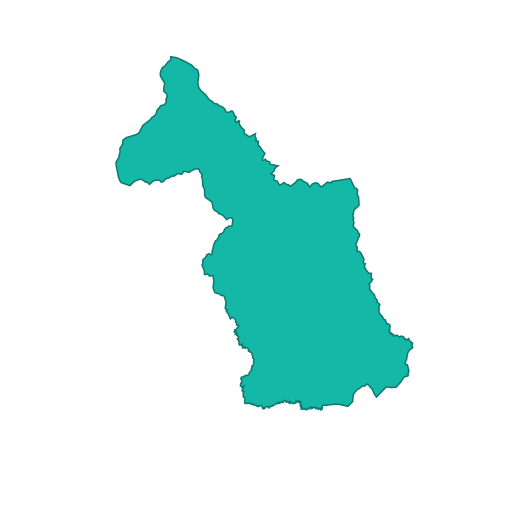 Huai Khot, Uthai Thani, Thailand (Natural Earth projection), rotated 40°
{"feature_id": "78962969B62353479912268", "entity_name": "Huai Khot", "entity_type": "district", "adm_level": 2, "iso_a3": "THA", "parent_name": "Thailand", "parent_adm1": "Uthai Thani", "projection": "natural_earth1", "projection_center": [99.561, 15.292], "detail": "fine", "context": "isolated", "style": "filled", "palette": "teal", "viewbox_px": 512, "rotation_deg": 40, "n_neighbors": 0, "source": "geoboundaries", "source_scale": "gbopen_adm2", "svg_char_len": 6129}
<svg xmlns="http://www.w3.org/2000/svg" viewBox="0 0 512 512"><g transform="rotate(40 256 256)"><path d="M447.1,253.7L449.5,250.1L447.2,246.7L447.3,246.0L441.8,242.0L439.8,242.8L438.5,241.2L438.0,238.8L434.7,233.1L434.0,229.8L434.9,225.5L432.8,224.4L432.8,223.4L431.8,222.0L430.0,222.7L429.6,222.0L428.3,222.3L426.0,221.1L425.4,223.6L424.6,223.4L424.0,223.9L423.2,223.4L422.4,223.9L420.9,223.0L419.0,223.8L417.5,226.0L415.3,226.0L414.1,226.7L413.5,228.2L412.6,228.9L411.6,227.7L410.5,228.6L409.9,228.1L409.4,228.8L408.7,228.1L407.7,228.8L406.4,228.1L406.6,227.0L405.7,226.9L404.1,223.8L402.8,222.9L401.1,222.9L399.5,223.8L396.1,221.8L394.9,222.4L390.7,220.9L389.5,221.2L385.5,219.5L385.1,218.3L383.0,216.1L382.0,213.5L378.8,213.4L376.8,211.7L374.0,211.5L371.8,209.6L368.4,209.4L363.7,207.9L362.5,205.7L360.4,204.6L360.9,203.1L360.4,198.8L358.5,199.1L355.6,195.1L353.2,196.7L347.4,195.4L345.2,193.5L344.8,191.7L343.4,192.4L342.5,192.2L340.6,188.9L333.9,186.1L332.3,186.1L330.5,187.3L327.6,183.9L326.5,184.0L325.0,183.1L322.2,173.9L321.1,172.5L319.2,172.5L317.7,171.4L312.9,171.1L310.9,170.3L309.9,167.7L307.0,165.7L306.6,164.2L303.9,162.8L303.7,161.6L301.5,157.9L302.4,151.2L301.4,149.8L296.5,144.8L293.7,143.7L291.6,140.2L289.6,139.7L287.6,140.4L278.4,136.1L266.3,150.0L266.7,151.0L266.1,151.8L263.2,153.6L261.8,160.9L259.3,161.2L257.0,160.5L254.4,161.7L252.8,164.8L253.0,168.5L247.9,167.3L244.2,168.4L242.0,168.2L240.2,169.0L238.8,171.0L239.0,174.3L237.6,180.4L234.7,180.6L232.6,182.0L230.8,181.4L229.8,182.8L229.0,186.0L228.4,186.6L224.2,185.0L220.6,186.4L218.4,182.4L214.7,183.5L215.1,179.2L214.3,176.9L214.3,174.6L214.9,172.8L208.1,176.6L205.9,175.2L202.8,176.4L201.0,175.8L200.2,177.9L199.2,178.3L198.2,176.9L196.8,171.6L193.6,171.2L188.2,169.6L186.5,169.9L184.0,166.6L181.7,167.9L180.8,166.0L178.1,165.0L177.0,162.7L174.3,169.0L168.4,169.5L167.1,169.0L166.3,167.2L162.0,166.9L157.9,165.5L156.6,163.2L155.7,163.6L155.0,166.2L153.7,166.4L152.6,165.2L152.1,163.1L151.3,162.2L148.9,162.3L147.8,161.2L145.1,160.2L144.1,160.4L142.9,163.2L140.6,165.1L137.7,163.5L134.8,163.3L131.4,164.5L128.6,164.5L125.6,166.2L123.6,165.7L120.0,166.4L113.5,164.8L107.7,164.8L104.0,163.8L100.5,161.2L95.6,153.8L91.9,151.1L87.4,151.8L84.4,151.1L75.6,152.8L67.8,155.1L62.5,158.2L64.5,160.3L63.8,164.5L64.1,168.9L63.2,171.7L64.1,175.5L65.4,177.9L67.2,179.6L75.2,182.5L77.2,186.3L79.5,189.1L83.8,189.3L85.7,191.5L86.4,194.0L88.4,195.9L88.5,199.0L86.3,202.2L86.7,204.7L86.4,207.5L88.2,211.6L88.0,214.5L87.2,216.5L87.4,219.4L85.4,228.8L87.3,237.1L86.2,240.0L80.5,248.8L79.6,252.9L82.0,255.9L82.6,261.2L84.9,263.5L87.6,268.9L88.5,274.1L90.3,276.2L99.9,283.9L103.9,286.1L105.6,286.4L113.9,283.3L114.3,282.9L114.7,277.3L117.8,271.6L120.0,270.6L123.8,270.4L125.9,269.3L128.3,269.7L128.9,265.4L130.0,262.8L133.2,259.9L135.4,260.4L136.4,259.9L137.1,258.5L137.3,254.9L139.1,252.2L140.3,248.9L142.1,247.2L142.9,243.3L146.6,241.2L146.3,237.5L151.2,234.8L151.2,233.5L153.8,227.8L156.6,226.1L158.9,227.7L162.2,228.2L163.5,230.5L165.1,231.2L170.2,236.4L173.9,238.2L177.5,242.4L179.5,243.6L187.5,243.0L192.8,247.1L194.9,247.7L198.2,247.0L199.6,247.5L204.3,246.1L210.2,247.0L211.0,243.8L212.4,242.7L214.1,242.8L215.1,243.3L218.1,248.1L217.5,249.5L215.8,250.7L215.8,252.1L214.8,253.8L214.9,256.3L215.8,258.5L215.3,261.0L214.5,261.6L214.2,263.8L215.5,265.8L215.4,267.7L215.9,268.9L215.2,270.5L216.6,275.1L218.8,278.9L219.0,280.1L221.4,283.0L221.0,283.7L218.3,284.6L217.6,286.5L218.2,289.4L217.8,293.2L220.3,296.3L220.4,297.6L226.2,300.8L228.3,303.2L229.3,302.7L230.2,300.9L233.4,301.2L235.6,298.5L240.2,302.8L243.3,307.7L246.9,310.0L248.5,310.4L252.4,308.5L254.5,308.6L257.2,307.1L262.7,310.6L266.0,315.8L267.2,316.3L268.3,315.8L268.9,317.5L272.3,318.2L276.7,320.7L277.2,318.4L279.2,317.6L281.7,318.2L282.5,319.5L284.9,320.3L285.6,321.4L287.5,320.4L288.3,322.0L287.7,323.2L288.1,324.6L287.2,326.3L287.8,326.7L287.9,328.0L288.7,328.1L289.4,326.5L290.2,327.2L290.5,329.0L291.3,327.8L292.1,329.2L294.5,328.9L295.3,330.3L294.9,331.4L298.6,332.6L298.8,333.6L300.1,334.8L301.0,334.7L302.2,332.3L302.8,334.0L304.7,334.0L304.8,335.0L305.6,334.3L305.5,333.0L307.2,333.6L308.1,332.0L309.3,331.7L311.4,333.7L312.1,332.9L313.0,333.4L314.9,332.8L319.1,336.1L321.1,336.5L322.2,338.9L323.2,339.4L324.0,341.6L323.6,343.2L324.5,343.7L324.8,345.4L326.0,346.2L325.8,349.4L326.8,351.6L325.9,353.3L324.7,354.0L324.8,355.4L324.0,355.7L324.3,357.0L322.7,358.0L323.3,359.9L324.5,360.0L326.0,361.5L326.3,363.5L327.6,365.6L328.6,365.1L329.5,365.6L330.5,363.3L331.1,365.2L330.8,366.1L332.1,368.3L333.8,367.3L334.2,369.3L337.1,372.2L338.7,371.6L341.5,375.7L342.4,375.9L343.7,375.1L343.6,374.3L344.8,374.0L345.6,372.6L346.9,372.9L347.9,371.8L348.3,372.2L348.7,371.4L349.8,371.8L351.7,370.3L352.1,370.7L354.1,370.1L354.2,369.4L354.9,369.4L355.0,368.1L356.6,367.0L359.1,368.5L359.4,367.6L360.0,368.1L360.7,367.0L360.3,365.7L361.2,364.3L362.3,363.8L363.6,364.1L363.5,362.8L364.8,360.9L364.6,359.9L365.6,359.3L366.1,356.5L367.0,355.6L366.9,354.7L367.5,355.0L367.5,353.9L368.3,353.8L367.9,353.2L368.8,353.1L369.4,351.6L369.9,351.7L370.1,350.8L370.8,350.6L370.2,350.3L370.4,348.5L371.6,347.9L371.8,348.5L372.8,348.4L373.3,347.6L373.5,348.1L374.7,346.7L375.5,347.3L375.9,345.9L376.9,346.9L377.3,345.5L379.2,345.4L381.0,342.9L379.8,341.2L381.1,341.2L380.9,340.7L381.4,340.3L382.5,340.7L383.0,339.9L382.4,339.3L382.9,339.0L383.7,339.0L383.4,340.3L384.6,340.0L385.3,341.2L385.8,341.1L386.1,342.2L386.9,341.9L387.1,342.7L388.1,342.3L388.3,343.1L389.0,343.1L389.0,344.2L389.9,343.4L389.7,342.7L391.1,342.6L391.2,341.9L392.2,341.8L392.2,341.3L393.2,341.6L394.2,339.9L394.1,338.8L395.3,338.5L394.9,337.6L395.8,337.1L395.3,336.4L395.7,335.9L396.1,335.7L396.9,336.7L397.3,335.2L399.0,334.3L399.1,333.5L400.3,334.3L400.9,333.1L402.5,333.3L402.7,331.7L404.3,332.2L403.9,331.0L405.1,331.0L402.9,327.7L405.7,325.3L410.6,319.9L414.8,316.3L423.1,312.1L423.6,305.4L420.1,300.4L419.3,297.7L419.4,293.2L420.2,291.6L421.2,286.7L422.8,286.1L423.3,282.7L425.2,282.5L431.1,283.5L435.6,285.8L439.0,286.6L439.9,272.5L444.1,269.9L447.7,266.4L447.9,259.0L447.1,253.7Z" fill="#14b8a6" stroke="#0f766e" stroke-width="1.5"/></g></svg>